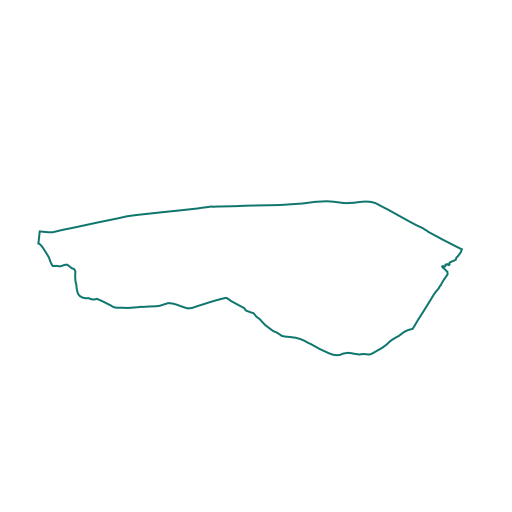 outline of Margina, Timis, Romania, rotated 141°
{"feature_id": "2599482B95683361390026", "entity_name": "Margina", "entity_type": "district", "adm_level": 2, "iso_a3": "ROU", "parent_name": "Romania", "parent_adm1": "Timis", "projection": "equal_earth", "projection_center": [22.386, 45.873], "detail": "fine", "context": "isolated", "style": "outline", "palette": "teal", "viewbox_px": 512, "rotation_deg": 141, "n_neighbors": 0, "source": "geoboundaries", "source_scale": "gbopen_adm2", "svg_char_len": 2776}
<svg xmlns="http://www.w3.org/2000/svg" viewBox="0 0 512 512"><g transform="rotate(141 256 256)"><path d="M408.6,411.2L417.2,402.7L416.8,402.3L416.3,398.8L416.5,395.7L417.3,388.9L417.9,384.9L419.2,381.6L420.2,377.5L420.1,375.9L418.7,375.0L417.2,373.8L414.9,371.3L413.2,370.6L410.1,369.4L408.3,368.2L407.4,365.1L407.0,362.8L405.6,360.3L405.7,358.9L406.3,357.4L407.6,356.0L409.9,353.3L412.3,349.8L413.9,346.4L415.6,344.0L417.7,339.7L418.2,338.0L418.1,335.7L417.0,332.9L415.0,330.4L412.5,328.4L411.4,326.3L409.0,323.9L406.6,322.8L404.1,318.1L399.9,308.8L399.5,307.5L398.8,305.8L397.0,303.6L393.6,300.9L388.8,296.7L386.5,295.0L378.8,289.7L378.0,289.4L375.3,287.1L371.6,284.6L365.8,280.2L362.2,277.9L356.0,275.5L354.4,274.9L352.7,273.7L351.8,272.5L350.6,271.4L348.0,267.7L346.1,264.5L344.3,261.5L342.0,258.2L341.7,258.1L340.2,256.9L338.0,255.7L333.5,254.1L325.2,250.8L322.0,249.6L314.0,246.3L307.5,243.3L305.9,242.5L305.0,241.4L304.7,239.9L304.2,239.1L304.0,237.5L303.5,236.1L302.4,233.5L300.0,227.7L298.0,223.1L298.0,221.8L298.2,220.8L298.1,219.9L297.5,218.8L296.0,216.3L295.2,214.9L294.1,213.5L293.9,212.7L293.9,208.6L292.8,204.5L292.7,200.9L292.3,196.5L289.9,186.8L288.1,183.6L286.5,178.9L286.2,177.6L284.2,175.2L280.7,171.8L276.6,167.5L273.7,163.4L272.0,160.2L269.7,154.7L268.9,153.3L265.0,143.6L260.8,135.0L258.5,131.1L256.2,128.6L253.5,126.5L249.7,125.3L245.9,123.2L242.8,120.2L241.4,118.4L237.5,114.2L235.7,113.3L233.5,111.6L231.6,109.7L230.0,108.2L228.3,107.3L215.7,105.2L209.9,105.0L206.9,105.3L203.8,105.3L199.4,104.8L195.4,104.0L190.5,103.9L187.2,103.5L183.8,102.5L180.2,100.8L177.2,101.8L170.0,104.5L160.9,107.5L150.0,111.3L141.6,114.3L138.8,115.0L134.7,115.8L132.4,116.7L131.3,117.0L130.9,116.9L130.0,117.4L129.4,117.7L125.7,119.1L121.6,120.3L118.6,121.2L117.2,123.3L117.4,124.7L117.6,126.8L117.9,128.4L118.1,129.7L118.0,130.7L117.8,130.8L117.4,130.7L116.6,129.9L116.1,129.1L115.7,129.0L115.0,129.1L114.4,129.8L114.1,130.0L113.8,129.8L113.4,129.5L112.5,129.4L112.2,128.9L112.3,128.2L111.9,127.6L111.0,127.6L110.1,128.8L109.4,129.0L107.7,128.6L103.9,127.5L103.1,127.4L102.4,127.9L101.3,128.6L99.9,128.7L96.6,129.4L94.0,130.2L91.8,131.7L93.2,134.6L94.6,137.7L100.5,151.0L106.9,166.3L107.2,167.8L108.5,171.3L108.6,172.1L110.5,176.0L112.3,179.7L115.7,187.8L124.0,208.4L127.4,216.1L129.9,222.0L132.8,225.9L136.5,229.3L141.2,232.6L146.0,235.5L152.5,240.2L155.2,242.7L161.5,249.3L166.4,253.9L176.0,260.9L179.3,262.9L187.9,268.2L190.0,269.8L203.0,278.9L206.8,281.7L220.4,292.3L232.0,301.3L240.4,307.5L256.0,319.6L258.6,321.4L258.8,322.0L270.1,329.0L270.4,329.0L281.1,335.9L289.0,341.0L300.8,348.7L322.8,362.9L331.0,367.9L340.1,372.4L357.0,381.2L379.9,392.8L390.0,398.1L398.0,401.9L399.1,402.4L402.6,405.3L408.6,411.2Z" fill="none" stroke="#0f766e" stroke-width="2"/></g></svg>